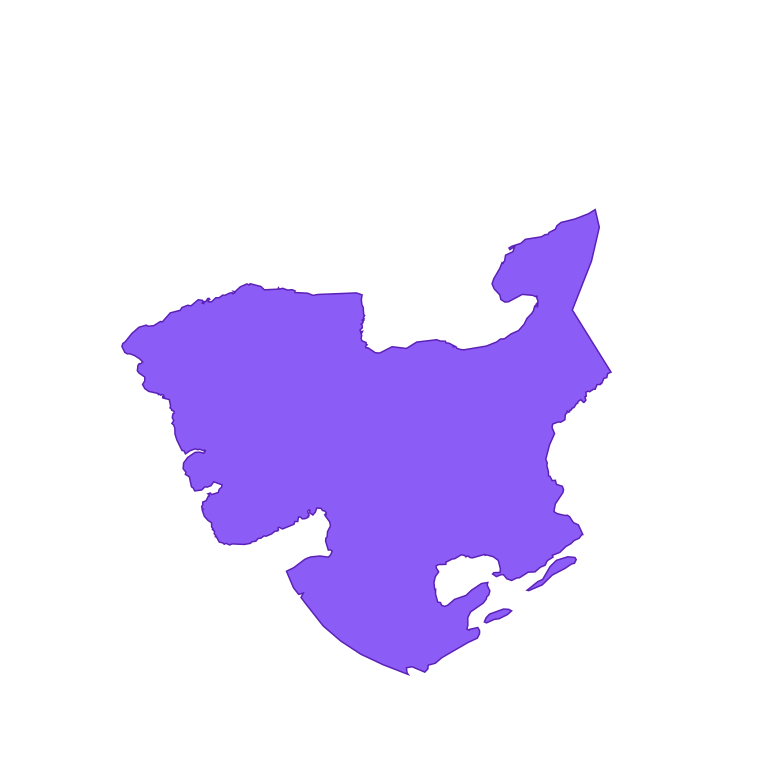 outline of Buton, Sulawesi Tenggara, Indonesia, rotated 207°
{"feature_id": "22746128B86741169633217", "entity_name": "Buton", "entity_type": "district", "adm_level": 2, "iso_a3": "IDN", "parent_name": "Indonesia", "parent_adm1": "Sulawesi Tenggara", "projection": "albers", "projection_center": [122.919, -5.369], "detail": "fine", "context": "isolated", "style": "filled", "palette": "violet", "viewbox_px": 768, "rotation_deg": 207, "n_neighbors": 0, "source": "geoboundaries", "source_scale": "gbopen_adm2", "svg_char_len": 6175}
<svg xmlns="http://www.w3.org/2000/svg" viewBox="0 0 768 768"><g transform="rotate(207 384 384)"><path d="M385.9,172.9L372.2,161.4L364.5,157.8L361.0,161.1L361.0,156.1L353.4,152.4L328.3,140.8L305.7,135.3L282.2,132.7L257.1,133.5L230.6,136.2L232.5,137.3L235.2,141.4L230.6,144.8L216.8,145.8L215.6,150.2L217.0,153.5L211.5,158.5L208.3,166.3L192.1,191.4L185.5,199.9L185.5,204.9L186.9,207.7L189.9,209.6L196.4,204.2L196.4,203.3L198.8,203.2L199.8,207.2L203.3,213.9L203.4,220.2L196.1,233.9L195.2,238.9L195.8,240.8L194.9,243.7L195.7,247.6L200.7,251.6L201.4,254.3L206.6,250.4L212.4,240.1L214.9,232.9L223.4,224.1L226.7,216.0L228.9,213.4L232.3,213.0L234.4,214.9L237.1,214.1L242.7,220.2L244.8,224.5L245.5,223.9L249.3,229.6L250.8,235.5L250.0,241.5L253.9,243.8L255.0,245.6L253.5,247.8L247.0,251.4L247.9,253.4L243.8,259.0L241.7,260.4L237.5,267.0L234.1,267.8L232.6,267.1L231.3,268.9L228.6,268.4L226.2,269.3L216.9,277.9L216.2,277.2L214.8,278.4L208.1,279.7L202.1,278.7L196.4,272.2L195.1,268.8L200.5,265.8L201.0,264.0L196.4,263.4L193.2,267.2L190.9,268.3L186.0,266.2L181.1,266.9L177.7,271.4L175.3,272.9L170.1,281.8L164.2,285.1L161.5,291.8L158.2,295.6L158.3,300.7L154.8,306.5L156.3,307.7L150.9,313.8L148.2,321.7L145.0,326.6L143.5,330.9L140.1,335.2L139.4,339.4L138.5,340.1L146.8,346.7L152.3,346.5L158.4,350.0L160.9,350.3L163.7,348.8L171.0,347.1L174.7,347.5L176.9,354.9L175.3,368.5L176.1,371.5L178.7,373.8L184.9,372.9L187.6,376.0L190.3,374.3L194.2,377.1L195.7,376.8L197.6,380.4L201.9,385.3L202.7,387.8L205.7,390.4L208.9,405.0L209.5,417.2L214.4,421.4L215.6,424.8L211.5,429.3L209.2,430.2L206.6,434.3L208.6,439.2L207.9,440.9L208.4,443.0L206.9,442.6L206.1,443.4L206.4,445.0L205.2,446.2L205.6,447.6L204.0,449.3L203.6,454.0L202.7,454.8L203.2,456.2L201.6,459.4L197.9,458.2L197.2,458.8L196.8,461.3L199.2,463.7L198.2,465.0L200.4,468.3L198.8,470.3L197.2,470.5L195.0,474.5L193.5,475.2L193.9,480.2L191.1,481.7L191.2,482.8L190.3,483.1L190.6,489.0L188.4,490.8L189.4,494.9L187.1,497.6L249.8,535.4L254.9,587.6L263.3,621.4L275.0,635.3L279.3,628.3L288.9,617.6L299.6,608.3L301.8,603.5L301.6,599.6L305.7,594.0L305.9,591.6L308.2,590.3L310.6,586.6L323.7,577.1L325.9,571.5L332.6,564.8L334.4,561.9L332.8,560.9L330.0,565.8L329.2,560.4L334.2,554.0L332.4,548.4L333.2,545.7L331.9,545.3L333.9,545.7L333.3,539.8L334.0,527.8L333.2,522.3L329.0,518.8L321.2,515.9L318.2,512.3L313.4,511.9L310.4,513.8L301.5,526.6L291.8,530.5L288.8,530.7L287.1,532.2L287.7,530.7L284.7,528.1L283.6,525.8L282.4,522.9L282.2,521.7L284.0,526.4L284.7,524.3L284.2,521.8L285.1,521.7L284.1,517.2L284.4,514.0L286.4,507.4L286.3,500.8L288.4,492.6L293.6,486.2L297.2,479.0L300.7,476.9L302.7,472.6L310.1,464.2L328.1,450.9L331.3,449.5L335.2,448.9L337.1,450.0L339.8,448.2L338.5,449.8L344.5,449.9L347.4,448.8L348.7,450.0L353.4,447.8L357.1,447.4L373.9,436.2L380.2,425.8L393.7,420.9L401.8,409.7L405.9,407.9L414.8,409.0L416.3,408.0L417.5,408.9L416.9,411.3L417.9,411.3L418.8,412.8L423.3,412.5L425.2,414.3L425.8,417.0L428.3,419.6L427.0,419.3L427.0,421.2L428.5,419.9L429.9,421.4L428.8,424.2L430.3,426.6L431.6,426.9L430.6,428.7L430.9,430.2L432.0,430.6L431.1,431.7L432.2,431.8L431.3,433.1L432.5,434.0L432.4,436.3L433.5,436.5L437.4,442.9L439.8,444.7L442.5,448.9L444.0,453.5L450.0,452.6L483.5,433.8L487.4,430.8L493.4,430.2L504.8,425.1L505.6,426.6L508.8,426.3L512.5,423.9L517.7,423.3L520.3,421.0L521.7,421.8L521.5,420.4L533.4,413.6L538.0,415.0L548.8,412.6L548.9,411.1L551.6,410.9L556.2,405.3L558.6,398.6L560.0,398.2L558.4,397.7L559.6,395.8L560.8,396.5L562.9,394.8L566.1,390.7L568.0,390.0L570.1,386.0L573.0,384.5L575.0,378.9L577.8,377.5L578.6,378.4L577.6,380.3L578.7,380.9L579.8,380.2L580.2,376.7L581.4,375.9L581.1,373.8L582.7,373.6L582.5,375.5L583.8,376.1L587.8,374.7L591.4,366.1L594.7,365.0L598.8,360.3L599.0,357.2L606.7,350.4L609.7,338.7L611.6,338.2L615.7,331.4L620.3,328.4L622.6,328.5L628.1,323.3L631.6,314.5L633.7,304.2L635.1,301.5L634.6,298.5L629.3,294.5L626.4,294.3L624.4,295.5L619.6,296.1L613.7,295.6L609.0,294.1L610.2,291.2L611.3,291.1L611.7,289.0L609.8,283.8L607.0,282.5L600.3,281.6L598.6,278.2L598.9,273.9L595.0,271.3L590.2,270.6L581.3,272.9L580.3,272.2L580.1,272.9L577.7,272.7L577.5,273.6L575.6,274.1L572.6,271.6L568.3,272.7L564.0,267.3L563.9,265.6L561.6,265.0L561.2,264.2L558.9,264.4L557.7,263.0L558.5,261.6L557.4,257.9L554.7,255.9L555.1,252.5L552.9,252.1L550.2,249.5L547.5,244.5L543.3,240.2L533.9,233.1L531.8,233.6L529.2,231.6L526.5,236.5L522.9,240.4L520.2,240.9L518.4,242.3L514.4,242.6L513.7,243.8L512.8,243.4L513.1,240.5L517.1,239.7L521.2,237.4L525.6,229.4L526.7,222.6L524.5,217.3L520.4,215.5L520.0,213.3L515.3,212.9L508.9,205.0L506.9,204.8L504.1,202.8L498.3,206.8L496.9,211.1L494.7,211.9L492.0,214.8L491.3,219.6L482.6,220.6L481.9,218.4L483.0,215.3L482.4,212.1L487.3,207.3L489.3,208.0L491.0,206.2L489.5,206.1L488.8,204.8L489.6,204.4L489.5,199.3L491.9,196.6L490.7,194.2L490.8,191.9L489.4,190.3L488.3,190.4L488.9,189.3L484.1,184.6L479.0,182.6L474.7,182.1L472.7,178.4L470.5,177.3L470.8,176.5L468.1,175.8L467.3,173.5L465.3,172.7L464.9,171.4L464.2,171.9L459.0,168.4L455.3,169.2L453.6,168.7L452.4,170.3L448.5,170.5L446.7,172.6L435.5,177.7L430.7,181.4L430.0,183.5L426.8,185.8L426.0,189.3L423.8,190.6L421.9,194.2L419.9,194.9L416.1,199.4L414.4,203.2L411.9,205.0L411.7,206.1L413.1,207.4L412.6,208.7L408.6,208.8L400.6,218.1L401.0,221.0L398.4,222.3L399.8,226.7L397.9,227.5L395.7,226.7L393.3,228.1L391.7,229.9L391.4,232.6L390.8,230.6L391.2,233.2L394.1,235.7L394.0,237.3L392.9,238.0L391.5,235.5L387.9,235.0L387.0,238.7L387.6,243.0L383.6,244.6L381.4,243.4L378.8,243.9L376.8,242.9L376.3,239.8L369.7,236.4L367.3,233.2L367.3,226.8L365.3,222.0L365.8,220.1L364.7,217.5L358.2,210.7L356.6,211.9L354.3,211.5L354.0,207.5L354.9,204.5L363.1,201.6L370.7,196.7L373.0,194.3L375.0,191.8L381.0,179.4L385.9,172.9ZM135.2,316.1L141.8,313.5L150.3,305.2L153.1,296.8L153.9,282.0L157.2,277.8L162.9,265.2L161.2,265.6L151.8,276.9L147.3,290.2L138.8,302.2L135.2,308.8L132.9,310.7L133.0,314.8L135.2,316.1ZM186.6,217.6L184.2,217.7L178.8,224.4L174.9,227.1L169.4,234.5L167.3,239.8L170.7,239.8L175.4,237.7L185.5,226.9L186.9,222.1L186.6,217.6ZM574.9,271.2L573.8,271.4L574.2,272.6L575.4,272.2L574.9,271.2ZM377.3,241.3L377.6,239.8L376.9,242.1L377.3,241.3Z" fill="#8b5cf6" stroke="#5b21b6" stroke-width="1.5"/></g></svg>